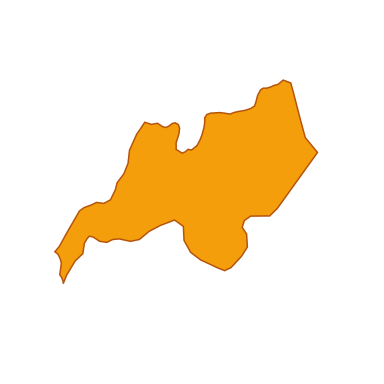 Diamare, Extrême-Nord, Cameroon (Equal Earth projection), rotated 30°
{"feature_id": "32672807B30054475581978", "entity_name": "Diamare", "entity_type": "district", "adm_level": 2, "iso_a3": "CMR", "parent_name": "Cameroon", "parent_adm1": "Extrême-Nord", "projection": "equal_earth", "projection_center": [14.242, 10.617], "detail": "fine", "context": "isolated", "style": "filled", "palette": "amber", "viewbox_px": 384, "rotation_deg": 30, "n_neighbors": 0, "source": "geoboundaries", "source_scale": "gbopen_adm2", "svg_char_len": 1447}
<svg xmlns="http://www.w3.org/2000/svg" viewBox="0 0 384 384"><g transform="rotate(30 192 192)"><path d="M103.1,312.3L107.0,312.9L111.0,315.5L114.4,318.9L118.9,329.8L120.9,330.7L122.4,331.6L125.2,334.0L126.3,335.8L125.0,326.9L125.3,310.1L128.3,300.0L124.4,290.1L124.5,284.7L125.2,281.6L129.0,280.4L136.6,280.9L143.4,278.2L147.0,272.9L152.2,269.1L163.4,265.5L170.2,259.4L171.5,255.8L174.5,247.6L181.3,236.8L190.9,225.0L201.7,226.1L209.3,237.9L220.9,244.9L233.3,246.5L252.0,244.9L259.6,243.8L263.6,237.9L267.0,223.0L267.5,212.0L260.3,201.1L253.2,197.6L251.6,190.6L254.8,183.6L267.3,176.2L271.2,174.0L274.1,163.5L279.1,113.3L280.9,95.0L262.8,88.2L246.2,71.6L230.9,56.0L223.0,48.2L215.0,49.5L212.7,55.8L209.9,58.5L207.7,61.6L204.8,64.7L201.8,66.4L200.3,69.1L200.4,72.0L200.5,75.3L202.4,82.4L203.2,86.2L201.1,90.3L197.2,94.7L192.0,99.0L188.7,102.1L185.8,105.6L181.4,107.2L176.4,109.3L168.7,114.4L166.1,117.5L165.9,121.2L168.5,126.0L170.3,130.7L172.0,137.2L172.9,142.7L173.1,149.2L170.6,155.9L167.2,157.1L166.0,160.7L164.0,163.3L157.0,163.0L153.7,157.4L151.6,148.1L149.4,143.0L146.5,140.5L143.0,140.4L140.6,142.6L139.0,146.6L137.0,149.3L133.9,150.1L129.3,149.8L127.6,149.8L123.1,153.7L116.2,155.2L115.7,163.9L115.2,169.6L117.0,187.1L122.3,199.2L123.9,210.3L122.5,221.4L124.5,228.3L125.3,239.5L121.3,246.0L114.5,248.8L111.4,253.4L106.4,259.4L104.0,264.7L104.0,289.1L104.3,305.6L103.1,312.3Z" fill="#f59e0b" stroke="#b45309" stroke-width="1.5"/></g></svg>